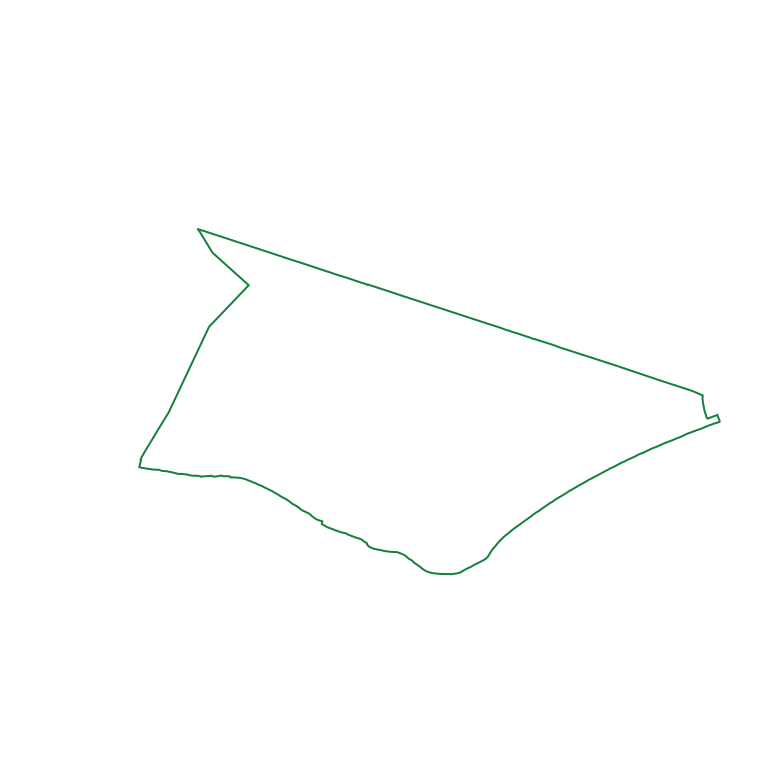 outline of Lapmežciema pag., Engures, Latvia, rotated 142°
{"feature_id": "27541924B41002773283615", "entity_name": "Lapmežciema pag.", "entity_type": "district", "adm_level": 2, "iso_a3": "LVA", "parent_name": "Latvia", "parent_adm1": "Engures", "projection": "mercator", "projection_center": [23.484, 56.997], "detail": "fine", "context": "isolated", "style": "outline", "palette": "green", "viewbox_px": 768, "rotation_deg": 142, "n_neighbors": 0, "source": "geoboundaries", "source_scale": "gbopen_adm2", "svg_char_len": 6082}
<svg xmlns="http://www.w3.org/2000/svg" viewBox="0 0 768 768"><g transform="rotate(142 384 384)"><path d="M145.9,189.6L161.7,213.0L178.0,237.6L190.0,255.9L223.7,305.6L224.3,307.0L228.9,313.9L232.6,319.3L237.3,326.2L239.5,329.0L240.6,331.1L243.3,335.0L244.5,336.9L248.4,342.7L248.6,342.9L249.0,343.4L251.7,347.4L252.0,348.1L253.9,350.7L254.8,352.0L256.4,354.6L257.9,357.1L259.9,360.0L260.9,361.3L261.6,362.5L264.7,366.9L266.8,370.1L270.3,375.4L272.8,379.0L314.1,440.4L335.4,472.3L336.0,472.2L336.4,473.1L337.0,474.4L338.7,476.7L339.6,478.0L347.0,489.2L349.4,492.7L353.3,498.3L357.5,504.7L362.3,511.8L371.4,525.6L381.3,540.1L395.9,562.0L433.0,617.3L434.2,618.9L435.1,620.5L435.5,620.3L435.2,619.8L438.3,593.1L429.8,545.1L486.6,536.8L571.5,494.0L579.3,491.2L594.2,485.6L605.2,481.3L614.1,478.0L620.7,475.3L622.4,474.2L622.2,473.7L626.3,470.5L628.0,469.2L626.7,467.3L624.9,465.5L623.7,464.0L622.2,462.5L619.9,460.1L619.5,459.5L618.9,459.0L617.5,457.9L616.6,457.0L615.9,456.3L614.6,455.4L614.0,454.8L613.8,454.5L613.4,453.6L612.7,452.7L612.1,451.9L610.3,450.3L609.4,449.5L605.8,445.4L603.6,442.6L602.5,441.2L602.1,440.5L601.4,439.8L601.0,439.4L599.8,438.6L598.0,437.0L597.1,436.0L596.3,435.2L594.8,434.0L594.1,432.9L593.7,432.1L593.5,431.9L592.4,430.7L590.7,429.1L590.2,428.6L588.9,427.8L588.3,427.4L587.8,426.7L585.9,424.9L585.6,424.6L585.5,424.2L585.3,423.8L584.9,423.4L583.1,422.3L581.0,420.9L579.0,419.5L578.4,419.0L577.6,418.5L576.6,418.1L576.4,417.7L576.1,417.1L575.1,415.7L574.7,415.3L573.9,414.9L573.3,414.7L572.0,413.8L570.9,413.2L570.4,413.1L569.7,412.7L568.7,411.8L567.9,411.4L567.5,410.4L566.2,409.3L565.2,408.6L564.2,407.7L563.5,407.3L562.9,406.7L562.7,406.5L562.4,405.8L562.2,405.4L562.2,405.2L562.4,404.9L562.2,404.8L561.6,404.3L560.8,403.5L559.8,402.7L558.7,401.9L558.0,401.3L556.9,400.1L555.5,398.9L553.4,396.5L552.1,394.6L551.0,393.1L550.4,391.7L549.7,390.7L549.1,389.7L548.5,388.6L548.0,387.6L546.8,385.8L546.0,384.5L545.7,383.6L545.4,382.9L544.6,381.5L543.9,380.4L543.3,379.3L542.4,377.3L541.9,376.2L541.3,374.9L540.7,373.9L540.3,373.1L540.0,372.2L539.3,370.8L538.8,369.7L538.1,368.5L537.8,367.6L536.9,365.3L536.2,363.5L535.5,362.0L535.1,360.8L534.9,359.9L534.5,359.1L534.2,358.3L534.0,357.5L533.5,356.8L532.8,355.1L532.6,354.7L532.0,353.3L531.0,350.1L530.7,349.5L530.6,349.1L530.6,348.7L530.2,346.9L530.1,346.4L530.0,346.0L529.8,345.6L529.1,344.3L528.8,343.4L528.8,343.1L528.7,342.9L528.6,342.7L528.3,342.4L528.1,342.1L528.0,341.6L527.9,341.3L528.0,340.7L527.9,340.5L527.4,339.8L527.2,339.0L527.1,338.6L527.1,338.1L527.1,337.7L527.1,337.4L527.0,337.1L526.9,336.7L526.5,335.8L526.3,335.3L526.2,334.6L526.1,334.3L525.1,332.7L524.5,331.5L524.1,330.5L523.8,329.9L523.1,328.7L522.7,327.9L522.6,327.3L522.5,326.6L522.3,326.0L522.2,325.3L522.2,324.5L521.8,323.0L521.3,320.8L520.9,320.1L520.6,319.1L520.0,317.9L517.2,313.8L519.2,312.0L518.9,311.2L518.5,310.3L518.3,309.8L518.0,308.9L517.0,306.5L516.1,304.8L513.5,300.7L512.9,299.4L510.4,295.7L509.1,293.6L508.4,292.7L507.7,291.8L506.4,290.5L505.7,289.3L505.5,288.8L505.5,288.4L505.2,287.6L504.4,286.7L503.3,284.3L502.8,283.8L502.1,282.6L502.0,282.3L501.7,281.7L501.2,281.0L500.7,280.5L500.3,279.7L499.8,279.0L498.9,277.9L498.6,277.5L498.5,277.0L498.2,276.7L497.9,276.3L497.7,275.9L497.3,275.0L497.1,274.3L497.0,273.4L496.7,272.5L496.7,272.0L496.5,271.6L495.9,270.2L495.5,269.1L495.5,268.9L495.8,268.6L496.1,268.2L496.1,267.5L496.0,265.8L495.8,264.9L495.5,264.3L495.1,263.5L495.1,263.2L494.9,263.0L494.7,262.7L494.1,261.3L493.9,261.0L492.3,259.0L491.0,257.5L490.9,257.2L489.7,256.1L488.9,255.3L488.4,254.8L488.2,254.5L488.0,254.0L487.0,252.7L486.0,251.6L485.3,251.0L484.9,250.4L483.8,249.4L483.1,248.7L482.2,247.9L482.0,247.6L481.3,246.9L480.6,246.4L480.1,245.9L479.6,245.5L479.1,245.2L478.4,244.5L477.4,243.6L477.1,243.2L476.8,242.9L476.5,242.5L476.0,241.6L475.1,240.1L474.0,238.1L473.5,237.1L473.2,236.3L472.4,233.6L472.3,233.2L472.3,232.6L472.2,231.9L472.1,231.4L472.0,230.8L471.8,230.3L471.5,229.5L471.1,228.9L470.7,227.9L470.6,227.2L470.5,226.6L470.4,226.0L470.4,225.2L470.3,224.5L470.3,224.2L469.8,223.3L469.8,223.1L469.7,222.6L469.3,221.8L469.1,221.1L468.0,217.1L467.7,215.3L467.1,213.6L466.8,212.6L466.2,211.0L465.8,210.1L465.4,209.5L463.8,207.1L462.3,205.2L461.7,204.5L460.8,203.8L459.7,202.7L457.8,200.8L455.5,198.7L453.8,197.4L452.1,196.0L451.4,195.4L450.2,194.6L449.0,193.4L448.5,193.0L446.1,191.6L443.5,190.1L442.8,189.7L441.9,189.3L440.7,188.8L439.7,188.5L438.6,188.3L436.5,188.1L435.1,187.8L433.6,187.7L431.8,187.3L427.5,186.3L426.4,186.2L424.5,186.0L419.7,185.0L418.4,184.7L417.3,184.5L413.9,183.9L412.7,183.7L411.8,183.6L410.5,183.7L409.6,183.8L408.9,183.9L408.1,184.1L405.9,184.9L404.7,185.4L402.2,186.3L400.1,186.9L398.0,187.4L396.8,187.5L395.5,187.8L394.0,188.2L391.0,188.8L387.1,189.4L385.5,189.5L383.9,189.8L381.4,189.8L380.0,189.9L378.5,189.8L377.3,189.8L376.7,189.9L376.0,189.9L375.3,189.9L373.5,190.0L370.9,190.0L370.1,189.9L368.8,190.0L367.3,189.9L366.0,189.8L364.0,189.7L362.8,189.6L360.4,189.7L358.1,189.6L355.3,189.4L353.8,189.3L346.3,189.2L343.4,189.1L340.8,188.7L338.1,188.5L336.7,188.6L331.4,188.2L329.1,188.1L325.6,187.9L324.3,187.6L323.0,187.4L321.2,187.5L317.4,187.1L314.6,186.7L312.0,186.4L309.7,186.1L306.0,185.7L304.5,185.7L302.9,185.4L298.6,184.8L290.7,183.7L286.5,183.0L281.6,182.4L276.7,181.4L266.2,179.6L263.9,179.2L258.4,178.3L256.9,178.0L255.6,177.7L253.9,177.2L250.5,176.7L248.8,176.4L247.9,176.2L244.4,175.5L242.6,175.0L241.5,174.8L238.0,174.2L236.6,173.7L233.4,173.0L232.5,172.7L226.5,171.6L224.2,171.0L223.5,170.8L222.9,170.5L222.3,170.3L220.0,169.8L213.9,168.5L211.9,168.0L208.5,166.9L206.2,166.4L204.2,165.8L202.8,165.5L200.4,164.9L196.3,163.7L191.2,162.1L188.9,161.5L186.0,160.7L184.2,160.1L181.3,159.3L178.5,158.8L174.9,157.9L173.6,157.5L172.0,156.9L169.8,156.3L168.3,155.6L166.1,155.1L162.6,153.8L157.9,152.5L154.1,151.5L150.9,150.4L148.7,149.8L147.6,149.3L142.9,147.5L142.0,148.7L141.8,149.9L140.4,154.4L150.3,157.5L150.4,158.9L148.9,162.8L147.7,166.0L144.9,171.5L143.3,174.3L142.3,175.9L139.9,178.9L145.9,189.6Z" fill="none" stroke="#15803d" stroke-width="2"/></g></svg>